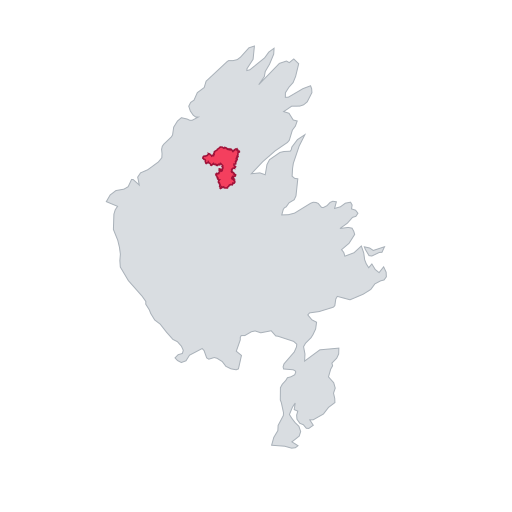 Cappamore-Kilmallock Lea-7, Limerick, Ireland (highlighted), rotated 153°
{"feature_id": "5873133B39771401556272", "entity_name": "Cappamore-Kilmallock Lea-7", "entity_type": "district", "adm_level": 2, "iso_a3": "IRL", "parent_name": "Ireland", "parent_adm1": "Limerick", "projection": "mercator", "projection_center": [-8.418, 52.488], "detail": "fine", "context": "in_parent", "style": "filled", "palette": "rose", "viewbox_px": 512, "rotation_deg": 153, "n_neighbors": 0, "source": "geoboundaries", "source_scale": "gbopen_adm2", "svg_char_len": 9275}
<svg xmlns="http://www.w3.org/2000/svg" viewBox="0 0 512 512"><g transform="rotate(153 256 256)"><path d="M313.2,95.0L304.0,101.5L302.6,104.0L300.0,113.8L299.7,116.7L294.0,127.6L290.8,129.8L286.0,131.6L283.2,133.3L279.8,132.5L275.4,132.6L273.2,134.6L273.3,136.1L274.6,137.8L282.7,142.8L282.2,144.9L280.0,147.2L265.5,153.1L261.2,156.6L259.7,158.9L261.2,162.8L272.8,174.5L274.7,175.8L276.4,182.5L286.6,185.4L290.8,189.6L294.4,190.6L302.1,190.2L305.3,191.8L307.0,190.6L308.1,188.4L316.8,180.1L314.1,174.0L322.9,163.4L325.3,163.6L329.5,166.8L332.9,171.3L334.0,177.3L337.2,182.6L339.3,184.5L344.9,185.5L346.2,187.6L345.2,195.4L346.0,198.0L360.3,197.8L366.0,194.4L370.9,195.0L373.4,198.5L374.4,202.0L370.2,203.4L365.8,202.6L363.6,205.0L363.4,209.5L364.9,215.3L367.9,219.4L370.3,228.6L372.3,238.8L375.3,245.0L375.9,252.6L375.5,256.4L376.1,263.1L374.8,265.5L375.7,271.8L380.9,292.0L381.9,307.8L379.4,313.7L376.0,319.2L373.7,325.8L372.0,332.9L371.0,344.4L363.6,357.8L360.4,361.1L356.8,363.1L364.7,372.4L358.2,376.6L351.1,377.9L343.3,375.5L338.4,375.8L332.1,380.7L330.7,379.8L327.8,372.2L325.6,380.0L321.1,382.5L313.3,382.0L300.3,384.1L295.3,386.3L293.3,389.8L291.7,393.9L289.7,396.3L287.4,397.5L277.4,400.5L275.4,401.7L270.8,408.2L264.7,411.9L259.7,413.1L255.2,409.3L253.4,407.0L251.3,405.9L244.4,406.0L246.6,407.2L248.0,409.9L248.7,415.0L247.9,420.0L244.5,422.5L240.5,423.0L234.1,428.2L225.7,429.6L221.1,434.4L193.2,442.4L191.6,442.5L187.8,440.5L183.6,439.5L179.5,440.2L167.8,444.7L162.1,443.8L169.3,432.6L179.0,427.0L180.0,425.4L176.9,424.7L158.4,428.6L152.0,431.9L145.6,432.9L148.6,427.8L156.8,420.8L164.0,416.2L167.1,412.1L175.8,407.4L147.7,417.0L140.4,415.9L138.6,413.2L132.9,414.4L130.7,407.9L139.2,398.0L144.2,393.7L150.1,391.4L155.7,388.1L157.8,384.1L155.2,382.8L138.2,383.8L130.1,382.9L130.5,379.7L132.0,376.2L140.4,370.1L145.0,369.1L149.0,369.7L156.2,373.3L165.8,372.1L161.8,368.2L161.1,360.3L158.0,357.6L161.9,353.9L166.4,351.7L173.8,344.0L176.5,342.9L191.2,341.0L207.1,337.0L222.8,331.4L214.8,328.3L210.9,324.2L204.7,332.5L200.2,335.7L187.6,337.4L183.6,336.4L177.9,333.8L176.2,334.8L174.6,336.8L166.2,340.9L157.4,341.9L167.6,334.4L180.6,321.7L183.5,317.7L187.6,310.7L186.3,307.6L183.7,305.8L193.1,291.4L196.4,288.8L202.4,288.4L206.8,286.1L208.7,286.1L210.5,285.2L214.4,280.9L208.4,278.1L202.2,276.7L183.2,278.2L180.6,277.9L178.3,276.5L176.7,274.6L175.6,269.7L174.2,268.6L169.9,268.6L165.6,270.1L162.7,269.9L159.8,267.8L164.4,262.7L158.4,261.5L152.4,262.5L147.3,261.0L147.2,257.8L149.5,254.6L146.5,251.6L145.8,247.8L149.0,246.0L152.5,246.6L159.6,243.8L168.7,242.4L160.9,239.6L157.8,237.2L157.7,233.6L158.3,230.4L167.3,225.1L176.9,222.8L176.2,219.3L176.9,215.5L167.2,214.4L157.6,217.1L158.6,209.9L160.9,203.3L161.3,199.0L160.9,194.4L156.4,196.3L155.9,189.8L153.9,185.3L147.2,188.4L147.4,182.5L149.3,178.3L152.8,176.5L156.3,177.3L162.7,177.2L168.9,174.1L177.9,173.3L192.1,174.3L201.9,183.1L204.4,181.5L208.3,176.0L210.2,175.3L224.9,177.8L234.1,181.0L236.6,180.0L235.2,173.8L232.1,169.5L236.0,163.9L240.9,160.1L244.1,158.2L251.5,155.8L254.8,153.6L256.9,146.4L260.4,140.3L241.7,143.4L224.0,136.3L226.8,131.2L230.5,128.3L237.0,126.1L237.6,123.4L240.9,121.2L246.3,115.4L244.3,107.8L245.4,102.3L249.2,98.6L250.5,93.4L252.2,89.6L260.1,88.2L267.7,84.6L279.4,84.1L282.5,85.6L281.8,79.2L287.3,78.4L289.4,79.7L290.4,84.2L292.9,87.0L293.6,92.0L292.0,95.8L289.2,98.8L291.7,101.8L287.8,107.2L292.0,104.9L298.2,99.6L297.8,95.2L296.8,89.7L295.1,84.8L295.9,79.3L299.3,75.9L308.4,74.1L304.7,67.9L308.0,67.3L311.5,68.6L316.8,73.5L328.0,80.3L322.5,86.3L315.8,90.5L313.2,95.0ZM155.6,212.3L155.3,215.0L151.1,211.5L149.0,207.7L137.3,205.9L142.1,202.1L144.5,203.2L152.8,203.4L155.1,205.0L155.6,212.3Z" fill="#d9dde1" stroke="#a8b0b8" stroke-width="1"/><path d="M257.2,332.5L257.0,332.2L256.7,332.3L256.2,332.4L256.0,332.2L255.9,332.2L255.9,332.3L255.6,332.2L255.3,332.5L255.1,332.5L254.9,332.8L254.9,333.0L254.6,332.6L254.4,332.4L253.4,332.3L253.5,331.8L253.4,331.4L253.4,331.1L252.6,330.7L252.2,330.4L251.8,330.3L251.7,330.1L251.2,330.0L250.9,329.8L250.9,330.0L250.4,330.0L249.9,330.1L249.7,330.4L249.5,330.5L248.6,330.5L248.5,330.8L247.6,331.2L247.6,331.3L247.3,331.4L246.7,331.0L246.3,331.2L245.8,331.2L245.7,331.1L245.7,330.7L244.9,330.4L244.8,330.2L244.1,330.6L244.0,331.0L243.4,331.6L243.1,331.3L243.1,331.1L242.6,330.8L242.3,330.8L241.9,331.0L241.6,331.3L241.2,331.5L241.1,332.0L241.0,332.3L240.9,332.5L241.1,332.9L241.3,333.0L241.2,333.4L241.4,333.3L241.5,333.5L241.4,334.0L241.7,334.5L240.5,334.4L240.6,334.6L240.6,335.0L240.7,335.3L240.6,335.5L240.9,335.6L241.1,335.8L241.6,335.6L242.2,335.4L242.3,335.6L242.5,336.0L242.0,336.3L242.0,336.6L241.8,337.0L240.5,336.7L240.5,337.5L240.3,337.6L240.0,337.4L239.8,337.1L238.7,336.8L238.1,336.6L237.5,337.3L237.5,337.5L237.3,337.7L237.6,338.0L237.8,338.0L238.2,338.6L237.8,338.6L238.0,339.3L238.2,339.5L238.2,339.9L238.1,340.1L238.2,340.3L238.2,340.5L238.6,340.6L238.6,340.8L238.6,341.0L238.9,341.2L239.0,341.2L239.1,341.6L239.6,341.7L239.6,341.9L239.4,341.8L239.4,342.2L239.1,342.3L238.9,342.4L239.0,342.5L238.7,342.6L238.8,343.4L238.7,343.8L238.2,343.9L238.2,344.1L237.8,344.1L237.8,344.4L237.5,344.4L237.0,344.6L236.9,344.7L236.3,344.5L236.3,344.4L235.8,344.3L235.6,344.1L235.6,344.3L235.4,344.3L235.3,344.5L235.0,344.3L234.6,344.7L234.3,344.7L234.1,344.5L233.7,344.7L233.8,344.9L233.7,344.9L233.8,345.3L234.0,345.2L234.1,345.4L234.4,345.5L234.4,346.2L234.4,346.9L233.9,347.9L233.0,347.5L232.3,347.2L232.2,347.3L232.0,347.8L231.9,347.9L231.8,348.3L231.7,348.3L231.5,348.7L231.4,348.7L231.3,348.9L231.4,349.4L230.9,349.5L230.7,349.8L230.4,349.8L230.3,350.1L230.2,350.0L230.3,349.7L230.2,349.6L229.9,349.9L228.8,350.6L228.7,351.0L229.0,351.3L229.0,351.6L229.3,351.9L229.3,352.0L228.6,352.4L228.4,352.0L228.2,352.3L227.7,352.4L227.6,352.6L227.4,352.5L226.8,352.7L226.7,353.2L226.8,353.5L227.3,353.7L227.1,353.9L226.4,354.2L226.2,354.6L225.7,354.9L225.7,355.1L225.7,355.5L225.4,355.9L225.4,356.0L224.7,356.4L224.4,356.2L223.8,356.3L223.6,356.2L223.4,356.5L223.3,356.8L223.6,356.8L223.9,357.0L224.0,357.1L223.9,357.1L223.9,357.3L224.1,357.6L224.1,358.4L224.4,358.6L224.4,358.8L224.7,359.0L224.1,359.2L224.1,359.5L224.3,359.8L224.3,360.1L224.8,359.9L224.9,360.2L225.5,360.6L226.0,360.6L226.7,360.4L227.1,360.0L227.3,360.3L227.6,360.0L228.2,360.0L229.2,359.5L229.3,359.7L229.1,360.1L229.3,360.5L229.2,361.0L229.5,361.7L229.8,361.8L229.8,362.5L230.3,362.4L230.2,362.6L230.3,362.9L230.9,362.8L231.0,363.1L231.2,362.9L231.5,363.2L231.8,363.0L232.0,363.3L232.0,363.8L232.5,363.7L232.6,364.0L232.9,364.0L233.1,364.3L232.8,364.6L232.9,364.8L233.3,365.5L233.4,365.3L233.5,365.6L233.9,366.0L234.3,366.7L234.4,366.8L234.6,366.4L234.8,366.4L235.2,366.5L235.5,366.8L235.8,366.7L236.5,368.1L236.7,368.4L237.2,368.7L238.1,369.0L238.6,369.1L238.6,369.3L238.9,369.2L240.2,368.8L242.0,368.6L242.1,368.4L242.6,368.1L245.7,367.9L245.9,367.6L245.8,367.3L246.0,367.0L247.1,366.6L247.1,365.5L247.4,365.3L247.7,365.3L247.9,365.0L248.3,364.8L248.4,364.6L248.8,364.8L248.9,365.3L248.8,365.5L249.0,365.5L249.5,365.5L249.9,365.1L250.1,365.1L250.0,365.3L250.1,365.8L250.8,367.1L250.9,367.9L251.3,368.3L251.5,368.5L251.8,368.8L251.8,368.6L252.2,368.2L252.7,368.2L253.3,367.9L253.5,367.9L253.7,367.7L254.0,367.8L255.0,367.8L255.3,367.9L255.3,368.0L256.1,367.9L256.4,368.2L256.5,368.4L256.8,368.6L257.5,368.6L257.9,368.3L258.3,368.2L259.0,367.3L258.9,367.1L258.7,367.1L258.5,366.9L258.5,366.5L258.6,366.1L258.5,365.6L258.3,365.4L257.8,365.3L257.5,364.5L257.6,364.1L258.4,363.1L258.4,362.4L258.6,361.6L258.5,361.3L258.4,361.0L256.9,361.4L256.5,361.0L256.5,360.8L256.3,360.8L255.9,361.0L255.7,361.3L255.5,360.0L254.9,359.3L254.9,358.6L254.9,358.4L254.9,358.2L254.9,357.8L254.7,357.7L255.0,357.5L254.8,357.2L254.7,357.0L253.0,357.2L253.0,357.3L252.6,357.4L252.5,357.7L251.7,357.8L251.7,357.4L251.8,357.1L251.7,356.6L251.3,356.3L250.9,355.9L250.2,356.1L250.1,355.9L250.1,355.6L250.0,355.4L250.0,355.1L249.8,354.9L250.0,354.6L249.5,354.3L249.6,354.2L249.2,354.6L249.0,354.1L247.8,354.8L247.7,354.6L246.9,353.6L246.2,354.0L246.1,354.6L245.7,354.8L245.3,354.1L244.6,351.6L245.6,351.1L245.4,350.8L245.6,350.8L245.5,350.6L245.5,350.4L245.2,350.0L245.5,349.5L245.5,349.4L246.0,349.3L246.1,349.0L246.2,348.9L246.5,349.0L246.9,348.7L246.8,348.2L247.3,348.0L247.2,347.5L247.3,347.4L248.1,347.2L248.5,347.3L248.6,347.8L248.7,348.1L248.5,348.5L249.0,348.6L249.0,348.9L248.7,349.4L248.4,349.6L248.5,349.7L248.7,350.1L249.0,350.3L249.3,350.3L249.3,350.1L249.6,349.5L249.8,349.3L249.9,349.1L249.6,349.0L249.6,348.5L249.2,348.2L249.7,347.9L250.1,347.5L250.5,347.6L251.1,347.3L251.3,347.1L251.6,346.4L252.4,346.8L252.5,346.5L252.8,346.6L253.1,346.6L253.3,346.9L253.3,347.4L253.4,347.5L253.7,347.3L254.3,347.2L254.4,346.9L254.7,347.0L254.7,346.5L254.9,346.1L255.0,346.0L254.9,345.4L254.6,345.1L254.7,344.3L254.9,343.9L255.0,343.2L254.7,343.1L254.7,342.8L254.5,342.6L254.8,342.2L255.0,342.1L254.9,341.9L255.1,341.6L255.0,341.4L254.8,341.1L254.3,340.7L254.5,340.7L254.6,340.4L255.1,340.0L255.0,339.9L255.4,339.7L255.7,339.4L255.8,338.9L256.0,338.8L255.9,338.3L255.4,338.0L255.4,337.3L255.6,336.9L255.9,336.9L255.8,336.3L255.6,335.9L255.7,335.6L256.2,335.3L256.3,335.0L256.8,334.7L256.8,334.2L256.6,333.7L256.9,333.1L256.9,332.8L257.2,332.5Z" fill="#f43f5e" stroke="#9f1239" stroke-width="1.5"/></g></svg>